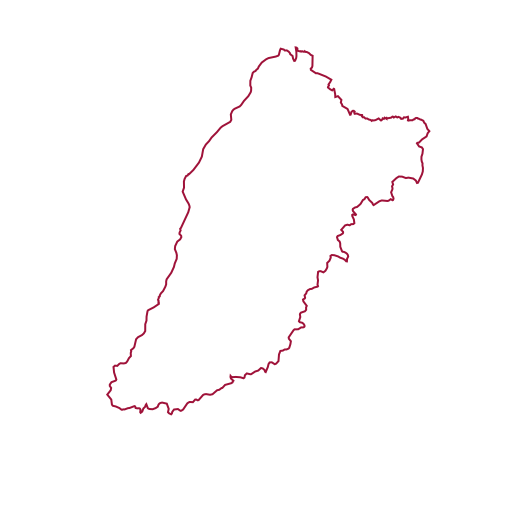 the district of Buntharik, Ubon Ratchathani, Thailand, rotated 31°
{"feature_id": "78962969B96035855988054", "entity_name": "Buntharik", "entity_type": "district", "adm_level": 2, "iso_a3": "THA", "parent_name": "Thailand", "parent_adm1": "Ubon Ratchathani", "projection": "robinson", "projection_center": [105.406, 14.671], "detail": "fine", "context": "isolated", "style": "outline", "palette": "rose", "viewbox_px": 512, "rotation_deg": 31, "n_neighbors": 0, "source": "geoboundaries", "source_scale": "gbopen_adm2", "svg_char_len": 6011}
<svg xmlns="http://www.w3.org/2000/svg" viewBox="0 0 512 512"><g transform="rotate(31 256 256)"><path d="M340.3,59.7L337.4,58.8L333.4,55.5L331.5,55.1L329.8,53.9L327.1,54.1L326.7,54.4L324.6,54.5L324.2,54.8L323.3,54.6L322.1,55.2L321.6,56.0L321.5,57.2L320.8,57.6L320.2,59.1L317.8,60.5L317.2,61.3L316.4,61.5L315.9,60.1L314.5,58.4L312.7,60.4L311.4,60.9L311.2,62.6L310.2,63.5L309.4,63.7L308.7,63.1L306.4,63.4L305.7,64.5L303.9,64.4L302.8,66.3L301.9,66.0L301.2,66.2L300.6,67.8L297.4,70.6L296.8,70.3L296.6,70.7L297.0,71.2L295.0,71.2L295.0,72.6L293.7,72.8L293.9,73.9L293.6,75.2L293.2,75.5L290.3,74.9L288.5,77.9L287.1,79.2L286.0,79.6L285.6,80.6L284.3,80.3L282.4,80.9L280.4,80.9L279.1,81.8L277.0,81.4L276.2,82.1L274.8,81.7L274.7,80.8L274.4,80.5L272.4,81.5L269.2,81.9L267.3,83.3L266.3,82.5L266.2,81.4L265.0,81.2L264.2,81.7L263.6,83.3L264.3,86.1L263.9,86.5L258.7,82.8L252.7,82.9L251.7,81.8L249.7,80.8L248.8,78.2L243.9,76.8L242.1,78.9L240.5,76.5L237.0,72.6L236.5,72.6L236.0,74.8L233.8,74.9L230.9,74.5L230.6,73.7L230.7,72.2L229.8,71.6L230.0,68.8L229.8,66.1L223.4,66.2L215.9,67.4L214.2,67.8L213.3,68.5L207.2,68.2L206.4,67.2L206.9,65.7L206.5,64.1L201.4,55.2L199.4,55.4L196.8,54.8L194.4,55.0L193.0,55.7L192.3,55.4L192.2,55.9L191.4,56.5L190.4,56.6L189.8,57.3L189.0,57.3L188.8,57.8L186.5,58.5L185.3,58.1L184.6,56.8L183.4,56.5L182.6,56.8L185.3,60.0L187.7,63.8L188.5,65.7L188.9,68.5L188.3,69.1L186.1,67.7L184.3,65.7L181.4,65.4L180.8,64.7L178.8,64.0L176.5,63.9L174.9,65.0L173.5,64.7L170.4,65.6L170.6,67.3L172.0,71.8L171.9,72.8L170.2,74.9L164.8,79.9L163.4,82.1L161.3,87.2L160.8,92.1L161.1,94.4L160.4,96.3L160.3,97.7L159.3,99.1L158.9,100.8L160.2,105.1L160.9,108.7L163.3,112.8L165.2,114.2L166.7,116.9L167.1,118.4L167.1,123.0L165.8,129.2L165.5,134.1L165.0,136.2L162.0,140.6L161.3,142.1L161.0,144.1L161.5,147.6L164.7,152.0L164.8,154.3L160.4,162.0L159.6,164.2L158.7,170.0L156.9,177.3L156.6,181.7L155.6,186.3L155.7,191.6L158.4,198.7L159.0,205.3L158.0,214.5L156.6,219.9L156.4,220.5L155.9,220.6L155.9,222.3L154.9,223.4L155.1,226.7L155.8,229.2L159.1,234.5L160.0,238.6L166.8,243.5L171.2,245.8L172.9,247.1L174.0,248.3L175.4,253.4L177.2,270.5L177.0,271.8L178.2,272.9L178.4,275.2L179.0,276.5L181.4,277.2L182.3,278.3L182.4,280.8L181.1,284.2L181.6,289.1L182.9,291.9L186.1,294.3L187.8,296.1L189.5,299.3L190.2,304.2L191.3,307.7L192.0,314.0L191.4,322.0L192.0,323.9L193.6,326.6L194.1,329.0L194.4,333.9L193.7,337.1L193.8,339.3L194.3,340.2L193.8,341.3L194.3,342.0L194.6,344.1L195.6,344.6L195.7,345.1L196.5,345.7L196.5,346.4L197.1,346.6L197.4,347.1L194.8,352.7L191.5,358.0L191.4,359.1L193.4,364.3L195.4,367.8L196.2,371.5L199.7,377.4L199.7,380.2L199.0,382.5L196.7,386.3L196.1,389.1L198.5,396.5L198.4,398.2L197.3,401.1L198.1,401.9L198.6,403.7L200.3,406.2L199.7,409.0L199.9,412.8L199.5,414.8L198.0,416.2L195.1,417.7L194.3,419.1L193.7,421.6L191.6,422.6L191.0,424.5L194.4,429.0L199.9,433.8L200.0,434.7L199.5,435.6L197.1,438.6L196.9,441.5L197.6,442.7L199.8,443.7L200.6,445.9L199.9,451.4L205.9,453.6L208.9,457.4L209.7,457.9L210.5,458.1L213.3,457.2L217.2,456.7L219.9,457.0L220.6,456.6L221.1,455.9L222.4,455.2L224.6,452.4L225.9,451.4L229.1,447.3L229.9,447.2L231.1,448.3L232.8,447.7L234.2,446.7L235.1,446.6L236.2,447.3L237.2,449.5L237.9,449.8L238.6,448.0L238.0,444.7L238.6,442.5L238.2,440.4L238.3,439.5L241.7,442.2L243.3,442.1L246.3,440.6L248.3,438.1L249.4,435.8L249.0,433.7L249.1,432.6L249.6,431.4L251.0,430.0L255.6,428.5L259.9,432.0L261.0,435.2L262.4,435.6L264.8,435.4L265.0,434.3L264.5,432.7L264.8,429.8L267.9,427.4L271.0,427.6L271.7,427.0L272.6,425.1L273.0,417.7L273.6,416.4L274.3,415.3L277.2,413.8L277.8,410.4L278.7,409.8L280.2,409.8L281.0,409.1L282.2,402.4L282.9,401.3L284.3,400.1L288.1,398.6L289.9,396.9L291.8,391.1L293.4,389.6L294.5,386.9L295.1,386.4L295.9,382.4L300.3,377.8L301.0,376.4L300.7,375.6L300.9,374.6L297.6,373.9L296.4,372.8L296.0,371.9L297.1,372.3L298.5,371.8L300.9,370.1L305.1,368.0L308.3,367.2L308.7,366.1L307.9,363.9L308.6,361.4L312.0,360.3L312.7,359.8L314.8,355.4L316.9,353.1L318.0,349.4L319.7,348.9L322.0,349.3L323.4,350.5L324.1,350.5L323.3,345.0L322.4,342.2L322.5,340.2L324.3,339.0L327.8,339.1L328.7,337.9L329.4,334.5L326.4,328.5L325.8,324.8L327.7,323.3L328.7,321.4L330.3,320.4L331.6,318.6L331.8,317.6L330.9,313.9L329.8,311.1L326.8,310.0L325.9,308.9L326.4,300.3L326.8,299.0L329.9,297.1L331.5,293.9L333.1,293.0L333.7,292.3L333.9,291.5L333.3,290.5L331.8,289.7L330.1,289.4L327.6,290.2L326.4,289.8L325.4,285.5L323.7,283.4L323.5,282.6L323.7,281.4L326.4,278.2L326.7,276.3L325.4,274.3L325.2,272.6L320.0,270.5L318.7,269.1L319.7,267.2L319.6,266.5L317.9,264.7L318.3,262.2L317.8,260.4L318.1,258.6L319.4,256.4L320.7,255.5L322.1,253.0L324.6,250.5L324.7,249.9L323.5,248.9L321.7,244.9L319.7,242.6L317.4,237.6L318.0,236.6L319.2,235.7L322.2,235.3L323.1,233.0L323.1,230.2L322.8,228.6L320.6,225.3L321.4,222.2L320.9,218.9L319.8,217.6L320.5,216.1L322.7,215.0L326.6,214.1L329.0,214.1L331.8,213.5L334.1,213.5L336.0,214.1L336.7,213.8L335.5,211.5L335.3,209.0L334.3,207.9L332.9,207.2L331.0,207.0L329.2,207.2L327.9,207.8L327.1,207.5L323.5,204.7L321.6,201.7L320.2,200.5L317.9,200.1L315.7,198.1L315.7,196.8L317.5,194.6L318.8,191.9L318.7,191.2L318.1,190.4L315.6,189.7L316.6,183.9L318.2,182.1L320.5,181.4L321.2,179.7L323.0,178.5L323.4,177.2L321.0,174.2L318.1,172.3L317.3,171.3L317.7,170.4L320.3,169.6L320.3,168.9L316.1,167.6L315.1,166.7L314.8,165.7L315.9,163.4L317.4,161.9L318.4,158.9L318.8,157.4L318.8,153.0L319.7,151.4L319.7,149.2L320.9,148.2L321.6,148.3L324.2,149.7L328.3,150.6L329.7,151.6L330.6,151.8L333.6,145.5L335.2,143.6L340.4,141.1L341.2,140.3L342.2,137.9L344.3,137.9L344.6,137.5L344.4,136.1L343.3,134.9L342.0,134.4L339.0,131.8L338.6,128.7L338.1,127.6L336.7,126.2L336.7,124.1L334.7,122.3L336.2,117.0L337.5,114.3L340.4,112.7L344.3,112.0L346.3,110.3L350.9,108.6L354.2,109.0L356.4,110.5L357.1,109.8L356.2,100.6L355.4,97.6L353.8,94.6L352.0,92.6L351.0,90.8L349.5,89.7L348.1,88.1L346.7,85.7L346.0,82.6L344.1,78.4L342.2,77.5L339.4,78.1L335.9,76.5L336.0,75.9L337.3,74.8L338.3,70.5L340.6,65.7L339.9,62.3L340.3,59.7Z" fill="none" stroke="#9f1239" stroke-width="2"/></g></svg>